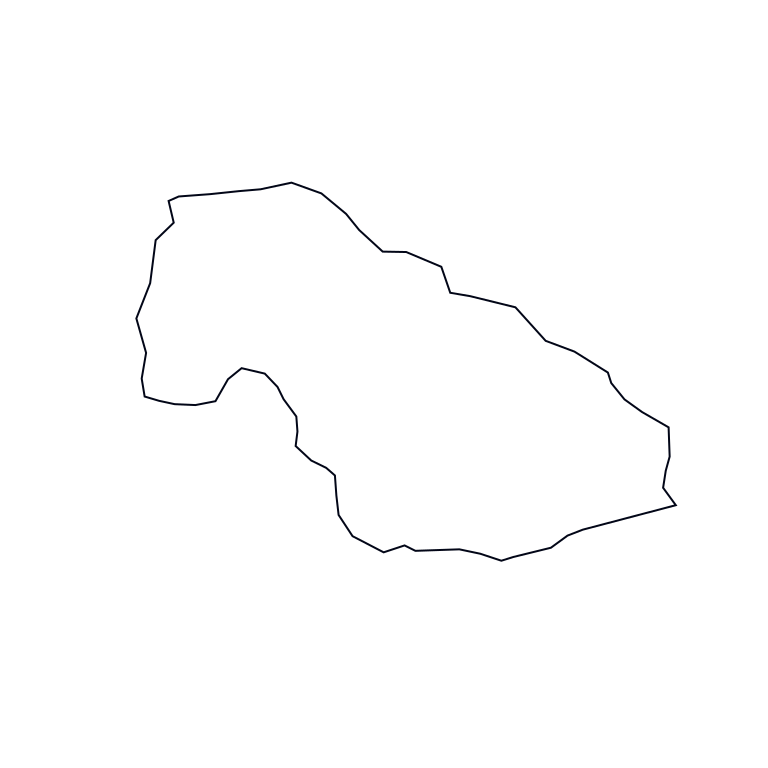 outline of Mesa Chorio, Paphos, Cyprus, rotated 231°
{"feature_id": "46923920B48384337432530", "entity_name": "Mesa Chorio", "entity_type": "district", "adm_level": 2, "iso_a3": "CYP", "parent_name": "Cyprus", "parent_adm1": "Paphos", "projection": "equal_earth", "projection_center": [32.469, 34.809], "detail": "fine", "context": "isolated", "style": "outline", "palette": "ink", "viewbox_px": 768, "rotation_deg": 231, "n_neighbors": 0, "source": "geoboundaries", "source_scale": "gbopen_adm2", "svg_char_len": 922}
<svg xmlns="http://www.w3.org/2000/svg" viewBox="0 0 768 768"><g transform="rotate(231 384 384)"><path d="M252.0,565.2L289.3,552.4L315.8,536.8L360.9,534.4L398.1,506.2L413.2,492.9L439.0,502.3L472.6,484.3L487.7,466.3L519.2,461.6L540.0,461.6L571.5,455.3L598.7,438.8L613.0,410.6L625.2,392.6L641.0,368.3L658.9,342.5L661.8,331.8L641.7,322.1L639.5,297.1L609.5,265.7L599.1,247.4L590.8,232.8L557.9,218.7L540.7,199.1L524.9,190.1L512.5,198.6L500.1,208.6L486.3,224.2L476.7,242.2L485.9,265.8L485.9,283.3L467.1,297.9L448.7,299.4L435.4,296.4L413.9,295.4L401.5,286.8L391.4,276.3L370.3,279.3L355.2,286.3L343.8,288.3L327.3,276.8L310.8,266.3L285.5,263.8L253.4,277.8L245.6,298.4L234.6,303.4L208.1,338.5L191.5,352.0L172.8,364.0L168.2,375.6L151.7,410.7L150.7,431.2L145.7,446.8L106.2,534.5L127.7,535.6L139.3,548.4L147.8,560.3L171.2,577.9L199.8,566.9L220.7,561.2L241.7,561.2L252.0,565.2Z" fill="none" stroke="#020617" stroke-width="2"/></g></svg>